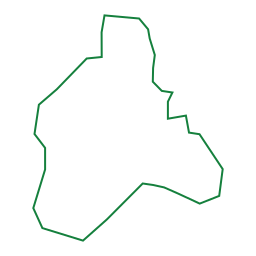 Bukhara city, Bukhoro, Uzbekistan
{"feature_id": "79887680B41570808134522", "entity_name": "Bukhara city", "entity_type": "district", "adm_level": 2, "iso_a3": "UZB", "parent_name": "Uzbekistan", "parent_adm1": "Bukhoro", "projection": "equal_earth", "projection_center": [64.424, 39.709], "detail": "fine", "context": "isolated", "style": "outline", "palette": "green", "viewbox_px": 256, "rotation_deg": 0, "n_neighbors": 0, "source": "geoboundaries", "source_scale": "gbopen_adm2", "svg_char_len": 513}
<svg xmlns="http://www.w3.org/2000/svg" viewBox="0 0 256 256"><path d="M219.2,195.9L222.7,169.1L199.5,134.2L189.0,132.6L185.9,115.6L167.9,118.7L167.9,101.7L172.4,92.5L161.8,90.9L152.8,81.7L153.1,68.0L154.8,55.0L149.7,38.5L148.1,29.3L139.1,18.5L104.5,15.4L101.6,32.3L101.7,57.0L86.7,58.5L56.8,89.3L38.9,104.7L34.5,134.0L45.1,147.9L45.1,169.5L33.3,208.1L42.4,228.1L83.0,240.6L106.8,219.5L142.7,183.5L153.2,185.0L164.1,187.4L178.4,193.7L199.7,203.6L219.2,195.9Z" fill="none" stroke="#15803d" stroke-width="2"/></svg>